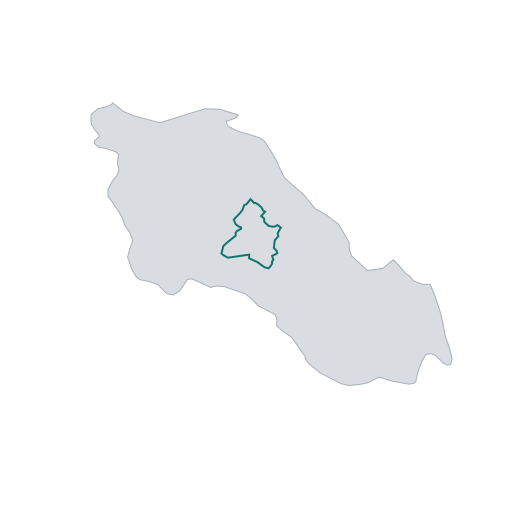 location of Elbasan, Elbasan, Albania, rotated 132°
{"feature_id": "67620474B34590160208903", "entity_name": "Elbasan", "entity_type": "district", "adm_level": 2, "iso_a3": "ALB", "parent_name": "Albania", "parent_adm1": "Elbasan", "projection": "albers", "projection_center": [20.009, 41.064], "detail": "fine", "context": "in_parent", "style": "outline", "palette": "teal", "viewbox_px": 512, "rotation_deg": 132, "n_neighbors": 0, "source": "geoboundaries", "source_scale": "gbopen_adm2", "svg_char_len": 2175}
<svg xmlns="http://www.w3.org/2000/svg" viewBox="0 0 512 512"><g transform="rotate(132 256 256)"><path d="M166.9,151.5L167.3,144.3L169.0,132.9L168.1,129.1L169.1,122.5L165.9,113.8L160.6,107.5L165.9,96.4L173.5,83.0L180.6,72.4L189.2,61.3L194.9,50.7L201.0,41.6L206.3,38.8L208.9,40.7L210.2,44.7L209.9,56.6L211.7,60.7L215.3,63.7L222.9,62.3L231.4,59.3L242.8,53.1L244.8,53.4L249.0,56.7L257.8,71.0L263.7,83.6L275.3,88.0L281.8,92.8L290.1,100.3L294.2,107.8L300.0,130.7L300.7,144.6L299.1,151.0L297.7,152.6L292.6,175.3L294.0,186.8L294.0,194.4L289.6,197.4L286.7,202.2L291.5,221.0L291.0,229.0L291.2,238.2L300.0,259.2L305.1,265.6L309.7,268.7L315.7,288.0L319.1,291.3L333.3,289.3L340.3,291.4L343.1,296.0L343.7,299.1L342.9,309.9L346.5,318.2L351.4,326.8L351.4,332.0L348.3,340.6L342.7,350.7L335.2,354.6L326.9,358.0L323.0,365.8L321.0,374.0L317.4,380.2L315.1,386.9L311.6,400.7L310.9,405.7L305.2,410.8L296.4,412.9L288.5,413.3L283.2,415.7L280.5,420.4L275.5,424.2L272.5,425.9L272.5,430.1L276.2,438.8L280.4,445.8L280.5,451.5L278.5,453.1L272.0,452.4L270.7,454.5L270.0,460.9L268.3,466.3L265.6,469.6L261.0,473.2L252.5,472.1L244.6,466.6L240.4,464.9L238.0,465.1L237.4,451.8L234.0,441.5L221.4,416.7L180.8,392.4L171.3,381.4L167.1,372.3L163.0,363.6L167.0,363.4L171.0,365.6L176.1,368.3L178.2,364.0L176.0,354.6L165.7,332.5L165.0,326.4L170.2,308.0L178.9,287.4L178.5,262.3L181.2,243.4L178.4,231.1L177.1,216.1L183.4,196.1L188.6,191.2L191.9,184.9L192.2,163.5L180.5,153.5L166.9,151.5Z" fill="#d9dde1" stroke="#a8b0b8" stroke-width="1"/><path d="M218.7,260.7L221.7,261.8L223.2,263.5L225.2,266.7L225.1,272.7L222.7,275.1L222.9,278.9L217.0,278.9L217.4,280.9L216.2,284.8L216.3,289.1L216.9,291.9L217.9,292.7L217.4,298.1L223.7,297.7L226.0,298.8L230.8,296.9L234.4,296.6L243.8,296.9L245.9,292.6L245.7,288.6L244.7,286.4L245.7,285.3L250.2,286.8L252.3,286.8L254.5,284.7L266.3,286.6L270.4,286.9L277.2,283.4L277.3,281.6L276.1,275.8L259.6,262.0L262.3,259.6L259.6,250.8L258.7,242.3L256.8,238.5L253.6,238.4L250.7,239.0L249.5,240.4L247.1,240.6L245.2,244.1L241.5,242.6L239.6,242.1L238.3,244.4L238.1,248.1L231.7,252.6L226.4,252.6L224.6,255.1L219.8,256.3L218.3,256.5L218.7,260.7Z" fill="none" stroke="#0f766e" stroke-width="2"/></g></svg>